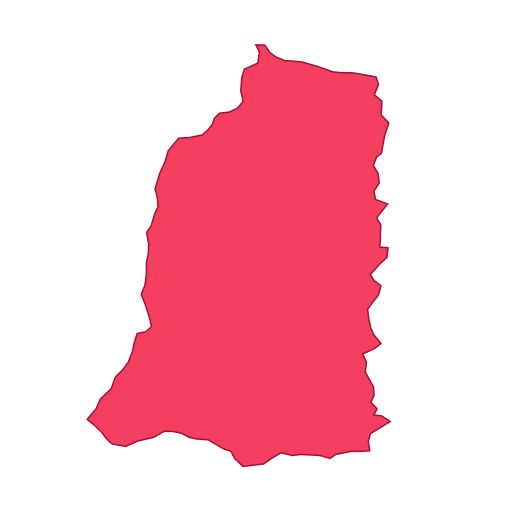 the district of São João de Iracema, São Paulo, Brazil, rotated 96°
{"feature_id": "56859067B93293493081194", "entity_name": "São João de Iracema", "entity_type": "district", "adm_level": 2, "iso_a3": "BRA", "parent_name": "Brazil", "parent_adm1": "São Paulo", "projection": "orthographic", "projection_center": [-50.356, -20.525], "detail": "fine", "context": "isolated", "style": "filled", "palette": "rose", "viewbox_px": 512, "rotation_deg": 96, "n_neighbors": 0, "source": "geoboundaries", "source_scale": "gbopen_adm2", "svg_char_len": 1817}
<svg xmlns="http://www.w3.org/2000/svg" viewBox="0 0 512 512"><g transform="rotate(96 256 256)"><path d="M234.0,125.6L234.2,134.0L227.5,133.9L220.8,134.6L212.2,135.1L205.4,140.0L199.1,136.0L190.5,130.6L187.3,143.1L179.1,145.4L170.6,141.1L161.4,143.1L153.5,148.8L145.4,146.5L140.5,141.9L129.7,141.2L121.5,140.4L109.9,137.8L102.7,146.2L88.9,146.9L83.3,155.2L72.7,152.1L65.5,155.2L64.8,162.5L63.7,178.4L64.8,192.0L64.8,199.0L61.2,213.8L58.3,230.0L58.3,239.8L58.7,247.5L55.8,257.4L52.0,263.7L45.3,269.3L46.0,278.2L52.7,273.9L64.0,274.4L71.5,287.2L80.5,288.8L93.2,288.4L103.6,285.0L110.9,289.9L115.7,297.8L117.7,307.0L123.1,311.6L129.8,313.3L135.5,316.9L141.1,321.8L145.1,334.3L146.8,345.0L153.6,349.8L160.8,354.4L171.4,356.2L183.5,360.3L192.3,362.0L200.1,363.4L207.7,360.3L217.3,358.6L224.7,361.2L236.8,363.4L244.2,367.3L255.2,363.9L264.9,363.4L274.4,364.3L285.8,363.1L296.7,363.4L306.1,366.1L315.6,361.2L327.4,355.9L337.0,352.5L342.9,357.7L345.5,366.1L354.9,368.0L363.2,368.8L374.9,371.9L383.9,377.2L390.9,383.1L403.2,386.2L414.3,395.7L424.7,399.1L436.0,406.8L442.0,397.9L447.1,391.5L454.0,384.8L458.0,379.4L459.0,365.7L452.4,354.3L447.0,338.8L439.9,328.9L439.2,320.6L439.9,312.3L443.4,303.2L444.2,295.6L443.8,284.5L447.0,277.3L451.3,267.8L452.7,260.7L459.7,255.9L466.7,247.0L463.8,234.6L462.0,226.6L455.6,219.4L449.1,210.6L450.6,199.0L448.8,191.3L448.2,182.3L447.7,171.6L449.6,161.3L445.0,155.9L440.4,141.2L439.3,131.3L437.8,122.5L428.7,124.9L420.8,123.7L413.7,114.5L406.6,105.2L401.7,114.7L401.9,122.2L395.3,119.6L389.6,126.4L382.4,124.1L374.2,125.3L360.1,135.1L350.0,135.1L342.3,139.7L335.5,128.3L329.9,122.5L322.0,130.6L316.4,134.0L307.8,137.0L297.5,139.4L290.7,135.8L282.3,130.2L272.6,128.6L268.0,136.0L262.4,140.4L250.2,131.4L243.5,125.6L234.0,125.6Z" fill="#f43f5e" stroke="#9f1239" stroke-width="1.5"/></g></svg>